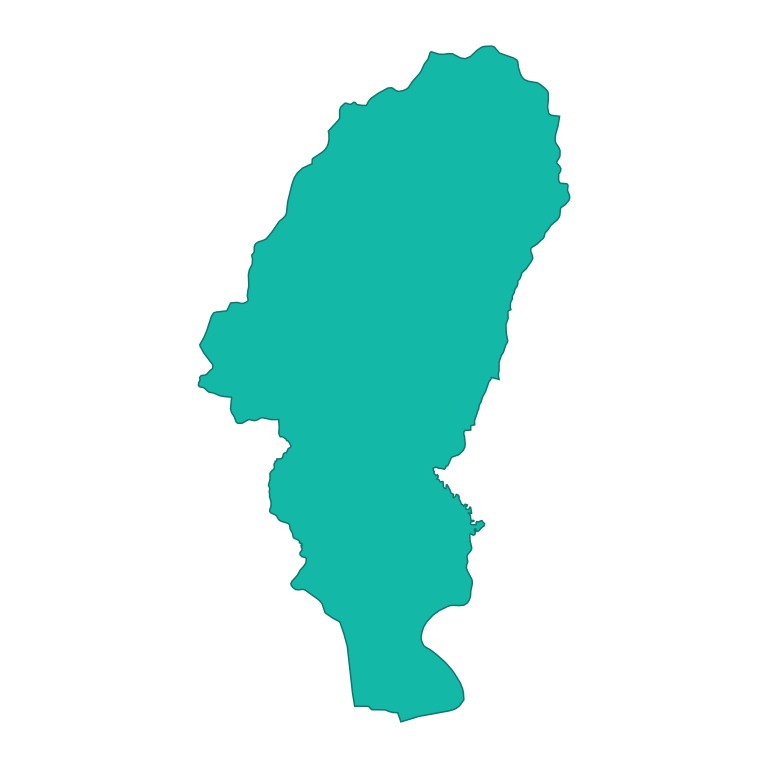 Thap Put, Phangnga, Thailand (Mercator projection)
{"feature_id": "78962969B9320754412882", "entity_name": "Thap Put", "entity_type": "district", "adm_level": 2, "iso_a3": "THA", "parent_name": "Thailand", "parent_adm1": "Phangnga", "projection": "mercator", "projection_center": [98.637, 8.519], "detail": "fine", "context": "isolated", "style": "filled", "palette": "teal", "viewbox_px": 768, "rotation_deg": 0, "n_neighbors": 0, "source": "geoboundaries", "source_scale": "gbopen_adm2", "svg_char_len": 6085}
<svg xmlns="http://www.w3.org/2000/svg" viewBox="0 0 768 768"><path d="M510.2,307.8L510.6,302.5L512.4,298.9L512.4,295.9L514.0,293.1L515.0,289.2L517.0,286.4L517.7,284.2L517.9,281.2L520.2,278.2L522.0,272.6L526.3,268.7L531.4,261.2L532.8,258.5L532.4,256.0L530.7,250.9L530.8,248.5L531.5,247.6L536.9,244.2L543.3,238.1L544.1,236.9L545.1,232.9L547.7,230.1L551.0,225.3L557.6,219.5L559.1,217.3L559.8,215.6L560.4,208.9L561.1,207.5L565.3,204.6L568.9,200.4L569.6,198.7L569.6,195.7L567.5,190.3L568.0,185.8L567.8,184.7L566.8,183.8L565.7,183.6L560.8,183.3L559.5,182.6L558.6,179.9L558.7,174.1L560.5,171.3L560.9,168.8L559.7,166.3L557.1,163.5L556.6,162.0L559.5,157.1L560.0,155.7L560.0,150.4L558.8,147.5L555.9,143.2L555.2,141.0L555.1,138.3L555.8,133.6L557.9,126.6L559.6,116.3L551.5,115.3L549.1,114.0L548.5,112.5L547.6,107.2L548.4,98.8L548.3,93.2L547.4,91.1L545.5,88.8L540.7,84.8L537.5,82.8L528.7,81.3L525.2,80.0L523.5,78.8L521.7,76.5L520.2,73.3L518.5,67.6L517.8,62.0L516.9,60.0L513.3,57.9L499.5,53.1L494.1,46.8L491.6,46.1L484.6,46.4L481.7,47.1L477.4,50.0L470.6,56.4L465.2,58.7L460.3,57.9L452.6,53.8L448.1,53.6L444.0,54.3L439.2,54.2L431.3,51.8L430.4,52.2L429.9,53.1L428.0,59.2L424.3,64.1L421.0,71.3L419.5,73.6L412.5,81.4L408.3,87.7L406.0,89.4L402.9,90.6L399.0,91.4L397.6,91.2L395.7,90.4L393.0,88.4L391.4,87.7L387.8,88.1L378.5,93.1L370.9,98.4L368.5,101.3L366.7,105.0L366.0,105.4L362.5,105.4L357.4,104.7L356.6,104.3L355.4,102.6L353.8,102.3L350.9,104.3L349.1,104.2L346.4,103.2L344.8,103.3L340.8,107.0L339.6,110.3L339.6,118.3L338.4,120.2L328.3,131.2L328.9,133.5L329.0,139.5L328.2,143.9L327.0,146.9L324.6,150.0L322.5,152.0L312.7,158.5L312.2,159.7L312.1,163.7L302.6,168.1L297.5,172.8L294.4,177.5L291.9,184.6L287.7,201.8L286.6,211.9L286.1,214.3L285.3,215.8L283.2,218.1L279.2,221.4L271.8,232.2L266.3,238.8L263.0,240.5L258.3,241.9L255.7,243.7L254.7,245.3L254.2,247.3L254.2,251.4L253.8,252.7L252.1,254.5L251.8,255.6L252.5,259.2L252.2,264.2L249.3,270.0L248.4,274.7L248.8,286.4L247.8,290.9L247.3,296.0L248.1,299.8L247.9,300.8L246.4,302.1L243.6,303.3L241.2,303.4L237.0,302.4L230.7,302.9L227.0,310.4L226.3,310.9L216.4,312.0L213.6,313.0L211.4,316.4L206.7,330.9L203.8,337.7L199.8,344.7L200.3,346.6L203.9,353.1L212.7,364.7L212.9,366.9L212.3,368.8L209.6,371.0L207.1,373.8L205.2,375.1L201.6,375.5L200.4,376.3L199.6,377.8L200.1,380.0L198.8,382.4L198.4,385.2L198.7,385.9L199.9,386.9L202.7,387.4L204.3,388.1L208.2,391.7L209.8,392.4L213.0,392.8L219.9,395.7L223.7,396.5L231.4,397.2L231.6,397.6L230.5,408.8L231.6,412.6L234.2,416.6L236.2,422.1L237.9,423.3L242.1,423.2L248.2,419.8L249.5,419.6L254.3,420.7L257.4,419.9L260.3,418.2L262.3,417.7L271.4,419.6L278.7,419.6L279.2,427.5L278.8,433.2L279.8,436.1L280.6,436.8L282.7,436.8L285.8,438.9L286.7,440.5L287.9,440.9L289.2,442.4L291.1,446.1L290.7,447.0L288.0,449.0L286.5,452.5L284.2,453.1L283.3,454.3L282.7,457.1L281.3,458.8L276.8,459.0L276.8,460.8L275.1,461.3L275.2,462.3L274.0,464.2L274.4,467.3L273.9,468.9L270.8,471.9L269.9,473.6L270.1,479.0L268.5,484.9L268.5,485.6L269.6,487.5L269.7,489.5L269.2,491.5L269.7,494.8L269.5,496.4L270.9,501.4L271.1,503.6L270.9,506.8L269.9,509.2L269.7,511.3L270.5,512.6L276.4,515.5L278.4,519.2L279.6,520.4L281.9,521.5L287.9,523.3L288.9,524.0L289.5,525.1L290.2,529.3L292.3,532.7L293.4,537.6L294.5,538.4L298.1,540.0L299.7,541.5L299.4,542.8L301.9,543.7L302.1,545.0L301.2,545.1L301.0,545.9L301.8,546.8L301.4,547.5L302.1,548.1L302.0,549.2L301.8,550.2L299.9,552.9L300.1,554.9L301.9,556.7L305.5,557.6L306.3,558.6L305.9,562.9L303.5,566.5L300.3,569.9L297.3,575.4L292.0,581.2L290.9,583.5L291.1,585.0L292.7,587.3L295.6,589.6L298.6,589.8L303.1,589.3L305.2,590.1L318.3,599.5L321.4,602.7L322.3,604.1L324.9,612.2L325.5,613.1L332.9,618.2L339.8,621.8L343.9,633.7L347.3,646.2L352.6,693.6L354.7,706.3L368.6,706.3L371.3,709.4L372.1,709.7L385.4,709.9L389.0,711.5L393.0,712.5L397.7,712.7L400.9,721.9L418.7,716.4L448.9,710.9L453.5,709.6L456.1,708.4L459.6,705.8L463.9,699.7L463.4,692.8L462.6,688.9L460.2,682.8L454.4,673.4L451.5,669.4L445.6,662.7L437.7,655.5L431.6,650.7L424.7,646.5L423.4,645.1L422.3,642.5L421.5,640.5L421.1,637.2L421.8,632.8L423.6,627.0L426.6,622.1L432.9,615.2L439.3,610.5L447.1,606.7L449.3,605.8L452.9,605.3L459.2,605.6L464.0,605.1L467.2,603.0L469.1,600.4L470.5,596.3L470.8,590.9L472.2,584.4L472.3,581.8L471.9,579.4L467.4,570.9L466.4,567.8L466.6,565.3L467.8,561.4L467.0,557.7L467.1,555.8L467.9,554.1L470.9,550.7L471.8,548.1L470.1,540.9L469.8,535.0L470.1,534.1L470.7,533.7L473.2,535.2L474.7,534.7L475.4,532.6L474.4,530.5L474.6,529.0L475.8,529.0L475.9,530.6L476.4,531.3L477.3,531.4L478.7,530.9L481.9,527.4L484.2,525.8L484.6,524.1L484.1,523.2L482.4,521.6L482.0,520.6L480.6,520.9L478.7,521.9L476.7,521.6L476.1,522.8L476.2,524.4L475.7,524.9L474.1,524.5L472.3,524.9L471.0,524.3L470.4,523.3L470.6,522.1L473.8,521.2L474.0,520.8L473.4,520.3L471.5,520.6L471.0,520.3L470.4,515.9L469.5,514.0L468.3,513.0L468.7,512.5L470.5,513.5L471.6,513.3L470.7,507.6L470.4,507.2L469.6,507.3L469.4,508.4L468.5,509.3L467.1,509.4L465.9,509.0L465.8,506.6L467.2,505.9L467.4,504.9L465.2,504.2L463.6,506.0L462.5,504.5L461.3,504.3L460.6,501.6L459.0,498.9L459.1,496.3L457.8,494.8L456.3,494.4L455.5,496.1L454.3,497.5L453.7,497.8L453.0,497.5L453.5,494.4L451.1,493.1L450.1,490.2L447.2,484.8L446.4,484.9L445.9,488.5L444.7,488.5L443.5,486.8L443.1,481.8L442.4,481.5L440.2,481.9L438.7,479.4L436.9,479.1L436.9,478.5L438.1,477.3L438.2,476.0L437.2,474.7L436.2,475.5L435.7,475.3L434.0,473.0L434.3,471.5L433.6,470.8L433.0,468.6L433.4,468.0L436.2,467.2L437.6,467.5L438.3,468.3L441.5,468.5L444.4,469.3L445.6,467.9L446.0,466.1L447.1,466.0L448.1,465.1L451.5,457.3L458.8,454.7L463.2,450.5L464.8,447.3L465.2,444.1L464.5,436.5L463.8,434.2L463.9,431.9L464.8,430.5L470.7,430.1L470.8,425.7L474.7,424.8L474.5,421.6L474.9,419.3L476.6,414.8L477.7,411.0L478.7,408.9L479.3,404.9L481.0,402.1L482.4,397.3L485.5,391.6L489.1,381.4L490.2,380.4L491.5,377.5L499.2,379.4L498.5,376.5L498.4,373.5L499.0,371.2L499.1,362.3L501.2,355.7L503.4,352.3L505.6,345.4L507.3,342.4L507.7,340.8L506.3,333.2L505.9,324.6L508.2,318.2L507.9,311.8L508.4,310.9L510.9,309.7L510.9,309.1L510.2,307.8Z" fill="#14b8a6" stroke="#0f766e" stroke-width="1.5"/></svg>